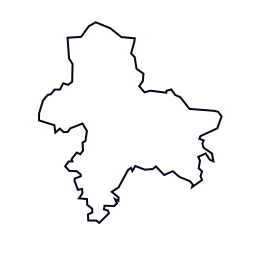 Petrovets, Skopje, North Macedonia (Natural Earth projection), rotated 280°
{"feature_id": "65306769B87468718843329", "entity_name": "Petrovets", "entity_type": "district", "adm_level": 2, "iso_a3": "MKD", "parent_name": "North Macedonia", "parent_adm1": "Skopje", "projection": "natural_earth1", "projection_center": [21.679, 41.91], "detail": "fine", "context": "isolated", "style": "outline", "palette": "ink", "viewbox_px": 256, "rotation_deg": 280, "n_neighbors": 0, "source": "geoboundaries", "source_scale": "gbopen_adm2", "svg_char_len": 1426}
<svg xmlns="http://www.w3.org/2000/svg" viewBox="0 0 256 256"><g transform="rotate(280 128 128)"><path d="M214.4,119.3L217.5,119.1L216.4,105.6L223.2,93.1L226.5,77.8L221.5,71.8L209.6,66.0L206.4,52.8L186.1,57.9L181.5,62.3L163.8,65.0L160.1,61.5L160.8,56.5L154.0,54.3L153.1,49.1L147.8,46.1L146.6,43.1L140.2,39.5L127.0,37.9L120.0,39.0L118.0,55.0L110.8,57.3L115.5,60.9L112.8,65.3L113.6,69.3L117.6,71.2L124.5,82.4L117.8,88.1L107.7,88.3L105.8,85.8L98.0,87.6L93.9,85.6L94.9,81.8L87.4,77.8L85.5,79.0L84.7,75.3L79.4,72.8L75.6,77.5L76.5,85.1L74.1,89.4L72.4,90.0L68.9,84.3L66.8,84.5L58.4,89.4L60.0,93.4L55.6,94.4L50.2,91.9L50.9,100.0L45.2,101.2L42.4,106.7L38.7,107.5L35.9,103.6L30.0,104.9L31.4,112.9L29.5,116.1L40.6,124.0L43.2,122.6L43.7,118.4L47.4,118.4L48.7,127.9L51.9,130.2L55.7,127.6L54.6,131.2L57.9,130.9L62.3,123.1L67.8,129.0L86.6,135.3L89.2,137.8L86.4,139.8L91.8,141.8L89.9,151.9L91.9,159.5L95.0,162.1L88.0,171.8L93.2,179.6L88.8,187.1L86.3,198.4L83.5,201.7L81.0,201.4L89.6,210.0L93.2,207.8L98.1,208.5L100.6,204.6L108.2,204.6L111.7,202.2L116.4,208.9L111.0,214.0L110.0,217.9L117.5,215.1L121.6,206.0L125.5,203.9L128.9,204.7L129.7,200.1L132.5,200.7L143.2,216.0L155.7,218.1L159.5,214.1L159.9,210.2L157.5,185.2L167.4,174.2L168.8,168.6L173.5,163.9L171.4,159.5L169.4,159.5L168.6,143.5L166.0,138.1L171.1,131.8L176.8,134.5L184.2,133.8L187.8,126.1L198.9,122.3L201.9,118.1L214.4,119.3Z" fill="none" stroke="#020617" stroke-width="2"/></g></svg>